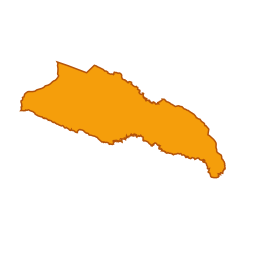 outline of Flores de Goiás, Goiás, Brazil, rotated 127°
{"feature_id": "56859067B75691575260014", "entity_name": "Flores de Goiás", "entity_type": "district", "adm_level": 2, "iso_a3": "BRA", "parent_name": "Brazil", "parent_adm1": "Goiás", "projection": "equal_earth", "projection_center": [-46.897, -14.586], "detail": "fine", "context": "isolated", "style": "filled", "palette": "amber", "viewbox_px": 256, "rotation_deg": 127, "n_neighbors": 0, "source": "geoboundaries", "source_scale": "gbopen_adm2", "svg_char_len": 5841}
<svg xmlns="http://www.w3.org/2000/svg" viewBox="0 0 256 256"><g transform="rotate(127 128 128)"><path d="M178.6,224.1L177.7,223.0L177.0,221.7L175.8,220.4L175.3,220.6L174.5,219.2L173.4,218.6L173.2,218.0L173.1,216.7L172.1,213.7L172.2,211.2L172.7,210.8L172.7,208.8L172.4,208.3L172.5,207.4L171.5,204.5L170.8,203.4L171.1,202.7L171.0,201.2L170.5,201.1L170.2,200.6L170.5,200.0L169.6,199.1L169.6,197.5L169.5,196.8L169.8,196.3L169.1,195.7L169.1,194.8L168.6,194.3L168.5,193.5L168.7,192.1L168.5,190.9L167.9,190.7L167.6,189.8L167.9,188.8L167.6,188.0L167.7,187.2L167.2,186.4L167.1,185.0L166.4,182.4L165.4,181.6L165.4,180.9L166.0,178.7L165.5,177.8L164.7,177.6L164.7,176.0L164.5,175.3L164.8,173.3L164.4,172.3L163.2,172.4L163.6,171.9L163.4,170.8L162.9,170.1L162.7,168.8L162.9,167.9L162.6,166.5L162.1,165.7L161.3,166.3L159.8,166.3L158.5,165.9L158.2,165.0L157.7,164.8L157.5,163.9L157.0,162.9L156.9,161.5L157.2,160.8L157.2,158.2L156.8,157.9L156.3,156.3L157.0,154.8L156.0,153.2L155.2,150.8L154.6,149.7L154.3,147.7L154.0,146.9L154.5,145.2L154.9,140.4L154.3,139.8L154.2,138.8L153.6,138.8L153.2,137.4L152.2,136.3L151.7,134.7L151.9,133.6L152.3,133.2L152.0,132.7L151.5,132.6L150.6,130.6L149.5,129.9L149.1,130.5L148.4,130.8L147.7,130.7L147.7,131.6L147.0,132.1L146.4,131.6L146.7,130.3L146.0,129.9L145.5,130.5L144.9,130.0L144.6,129.2L145.1,129.2L145.5,128.5L144.9,128.3L144.7,127.5L144.1,127.8L144.0,127.1L143.7,126.6L143.3,126.4L142.9,126.7L143.0,125.9L142.8,124.3L141.5,125.6L140.9,127.1L138.9,124.0L138.8,123.0L138.2,123.4L138.2,124.0L138.0,124.6L137.5,124.0L137.3,123.3L136.5,123.3L135.6,123.7L134.8,122.2L134.5,122.6L132.7,121.3L131.9,121.7L131.8,120.8L131.4,120.7L130.9,121.2L130.9,120.5L131.6,119.9L131.2,119.1L131.0,119.8L130.4,119.5L129.8,119.6L129.7,118.8L129.3,119.0L129.6,118.1L129.2,117.4L128.5,117.8L128.4,117.2L129.8,116.4L129.9,115.6L129.2,115.9L128.9,115.2L128.4,114.9L127.9,115.1L127.7,113.8L126.1,113.5L126.3,112.8L126.7,112.5L126.2,110.6L126.8,109.8L127.9,109.4L128.2,108.2L128.9,108.3L128.9,107.7L127.8,106.4L127.2,103.9L127.4,102.5L127.7,101.9L127.6,99.3L128.2,99.0L127.9,97.9L126.7,98.2L126.3,97.4L125.3,98.1L124.9,97.5L123.6,97.5L123.3,96.0L123.7,94.9L123.8,94.0L123.5,92.2L123.6,91.5L124.9,90.7L125.5,90.6L125.4,91.2L125.8,91.0L126.0,90.4L125.5,89.7L125.2,89.0L124.7,89.0L124.6,88.4L124.9,87.7L126.0,87.5L125.3,86.8L125.4,86.0L124.9,85.7L124.7,85.1L124.5,83.6L125.0,83.5L124.7,81.7L123.6,81.3L123.4,79.9L122.4,78.5L122.4,77.9L121.9,77.0L122.2,76.5L122.0,75.5L121.2,75.4L119.6,73.7L118.6,73.2L118.1,72.5L117.7,71.2L117.0,70.9L116.6,70.3L117.2,68.9L116.9,68.3L116.0,67.5L115.9,66.9L115.9,65.6L116.5,64.8L116.7,64.0L116.1,63.5L115.7,64.3L115.1,63.6L114.7,62.9L115.5,61.7L115.2,61.0L114.9,59.7L114.3,59.3L113.0,59.1L112.3,57.0L112.4,56.3L112.8,55.7L110.1,54.4L109.6,53.6L109.6,52.9L110.0,52.0L110.0,51.3L109.3,49.6L107.7,48.6L107.6,47.5L108.1,46.8L108.7,46.8L109.1,48.3L109.8,48.0L109.9,47.4L109.2,45.7L109.1,44.6L109.3,43.9L110.2,43.0L111.0,41.2L112.5,40.2L112.5,39.5L111.4,38.6L112.6,38.2L113.2,37.7L114.8,37.6L115.1,37.1L114.7,35.8L115.9,33.9L116.7,33.1L117.0,32.3L117.0,31.7L115.9,29.4L114.3,27.3L113.6,27.0L113.1,26.5L112.0,26.3L111.2,27.6L110.8,27.4L109.8,26.3L109.8,27.8L109.4,27.2L108.7,27.0L108.0,27.2L107.5,26.7L107.6,25.9L107.2,25.1L105.2,26.3L104.5,26.0L103.6,26.4L103.1,26.4L102.7,26.0L102.4,26.5L101.7,26.2L100.2,27.9L99.5,28.1L98.9,29.1L98.4,29.2L97.2,30.8L96.9,31.8L96.2,33.3L96.1,34.6L94.4,36.1L93.6,37.2L93.8,41.7L93.4,43.0L91.8,44.3L90.5,46.1L87.7,48.0L86.8,49.1L86.2,50.6L85.6,52.8L85.1,58.5L85.3,60.1L80.3,62.8L79.3,67.2L79.8,67.7L79.6,68.5L79.0,69.0L78.6,69.5L78.4,70.1L78.5,73.4L77.7,75.7L78.4,77.6L78.4,79.0L78.7,79.6L78.0,80.9L77.4,83.5L77.4,84.3L77.6,85.0L77.5,85.8L77.7,87.1L77.8,89.4L77.7,90.3L78.2,91.3L78.4,93.4L78.9,94.3L78.9,95.4L78.5,97.5L79.1,99.0L79.6,99.6L79.6,100.5L80.1,101.3L82.4,103.2L82.5,105.2L82.7,107.2L83.0,107.9L82.9,108.9L82.9,109.9L83.2,111.7L83.6,112.5L83.8,113.6L83.3,114.9L83.5,116.0L83.3,116.6L83.9,117.1L84.4,118.1L84.9,117.6L86.2,117.8L87.5,118.5L87.9,118.3L88.7,119.0L89.4,119.0L89.8,119.5L90.1,119.0L90.3,118.2L91.5,119.7L92.2,120.0L92.0,121.4L91.6,121.8L91.9,123.4L92.4,123.6L92.9,123.3L93.1,124.0L93.8,123.8L93.7,124.9L94.1,125.3L93.9,126.7L93.6,126.2L93.0,127.5L93.9,129.0L95.4,130.0L94.7,131.4L94.2,130.5L93.3,130.8L93.8,131.8L93.7,132.4L94.4,132.7L94.5,133.3L94.3,134.0L93.7,133.9L93.5,135.1L93.0,135.3L92.4,135.9L91.2,136.2L91.1,136.8L91.5,137.5L92.4,136.8L93.2,137.5L93.5,138.4L93.3,140.0L92.8,140.7L92.0,140.3L91.6,141.0L91.1,140.9L90.8,141.4L91.4,143.6L90.2,144.2L89.8,144.7L90.1,145.2L89.8,146.4L90.6,146.9L91.0,147.7L91.1,150.2L90.8,151.0L90.9,151.8L90.5,151.7L89.4,152.7L89.9,154.5L91.2,155.5L91.6,155.1L91.9,155.5L91.7,156.3L91.7,157.1L91.4,158.0L91.7,158.5L91.4,159.5L91.8,160.0L92.3,161.9L91.1,163.8L90.0,164.5L89.4,165.2L89.1,166.0L89.1,167.6L89.8,168.6L90.3,168.8L90.6,170.5L91.2,171.3L91.7,172.5L92.7,172.3L93.5,171.7L94.1,171.8L94.0,172.5L94.4,172.8L94.7,173.6L95.4,174.1L96.1,176.4L96.2,177.3L95.6,177.6L95.6,179.1L95.8,180.0L96.2,180.3L96.5,180.9L96.2,183.0L97.0,187.4L97.4,188.5L97.3,189.2L97.6,189.7L97.5,190.5L98.2,192.6L108.8,194.3L114.4,213.6L117.9,224.3L118.5,223.0L118.9,222.6L120.4,222.0L122.5,219.8L124.9,218.1L127.1,216.8L127.5,216.3L127.8,215.2L128.3,214.7L130.1,214.5L132.3,214.5L133.7,214.8L135.0,215.6L136.4,216.1L139.6,216.6L141.7,217.5L144.0,219.3L144.9,219.6L146.0,219.6L148.0,220.5L151.9,223.4L152.7,223.9L154.2,224.3L155.0,224.8L156.6,226.4L158.7,229.3L159.4,229.9L161.0,230.5L163.2,230.9L165.8,229.8L166.5,230.4L167.2,230.6L167.9,229.7L169.1,229.2L169.9,229.3L170.3,229.6L170.8,229.7L171.8,228.9L172.5,227.7L174.7,225.7L175.2,226.0L175.7,225.9L176.0,225.1L176.9,224.8L177.6,224.1L178.6,224.1ZM123.5,92.2L123.0,92.6L122.9,91.9L123.5,92.2ZM135.6,123.7L135.6,124.3L135.1,124.5L135.6,123.7Z" fill="#f59e0b" stroke="#b45309" stroke-width="1.5"/></g></svg>